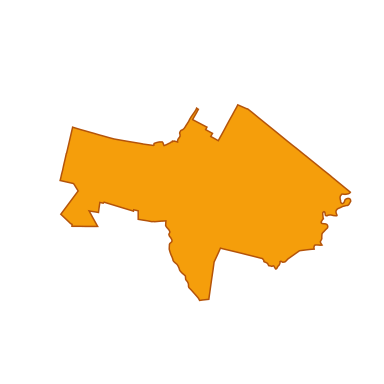 outline of Parta, Timis, Romania, rotated 312°
{"feature_id": "2599482B10795171488461", "entity_name": "Parta", "entity_type": "district", "adm_level": 2, "iso_a3": "ROU", "parent_name": "Romania", "parent_adm1": "Timis", "projection": "orthographic", "projection_center": [21.142, 45.621], "detail": "fine", "context": "isolated", "style": "filled", "palette": "amber", "viewbox_px": 384, "rotation_deg": 312, "n_neighbors": 0, "source": "geoboundaries", "source_scale": "gbopen_adm2", "svg_char_len": 5798}
<svg xmlns="http://www.w3.org/2000/svg" viewBox="0 0 384 384"><g transform="rotate(312 192 192)"><path d="M297.8,309.8L297.4,301.1L297.1,294.6L296.7,286.0L296.7,284.0L296.1,274.3L295.5,262.3L294.8,249.6L294.4,241.5L294.0,235.7L293.6,228.9L292.9,214.0L291.7,191.1L291.4,183.8L291.0,177.7L290.6,177.3L288.1,169.8L287.4,167.7L287.1,167.8L284.9,168.4L281.8,169.1L278.0,170.0L276.0,170.5L272.8,171.2L269.8,171.9L263.2,173.5L260.5,174.2L256.3,175.2L253.3,175.9L252.3,176.1L247.7,177.2L246.3,170.8L245.8,168.8L249.3,168.0L248.1,163.1L247.5,160.4L250.2,159.7L249.8,158.2L248.4,152.7L247.1,147.6L246.4,144.8L246.2,144.0L249.4,143.3L253.2,142.5L254.0,142.3L254.2,142.2L254.6,142.2L255.2,142.0L255.8,141.8L256.5,141.7L257.7,141.4L257.6,141.1L257.6,140.9L257.5,140.4L257.5,140.0L257.4,139.3L256.2,139.8L255.9,139.9L255.5,139.9L255.1,140.0L254.5,140.1L253.6,140.3L252.5,140.4L251.0,140.6L249.8,140.7L249.4,140.8L248.5,140.9L247.7,141.0L246.9,141.1L246.2,141.3L245.5,141.4L244.5,141.6L243.2,142.0L242.4,142.2L241.6,142.4L240.7,142.5L239.8,142.7L238.9,142.8L238.2,142.9L237.7,143.0L236.6,143.2L235.7,143.4L234.7,143.5L234.1,143.6L233.7,143.6L233.4,143.6L232.3,143.4L231.9,143.3L231.5,143.1L230.7,142.7L230.0,142.6L229.9,142.6L228.8,142.9L228.4,142.9L228.0,143.1L227.8,143.2L227.5,143.5L227.3,143.6L227.2,143.9L227.0,144.1L226.7,144.7L226.4,144.9L225.9,145.4L225.7,145.6L225.4,145.8L224.9,145.9L224.3,146.1L223.7,146.1L223.1,146.1L222.5,146.2L222.0,146.3L221.6,146.4L221.0,146.7L220.6,146.9L220.3,147.1L220.0,147.3L219.5,147.8L218.7,146.1L218.5,145.8L218.5,145.7L218.4,145.6L218.3,145.4L218.2,145.2L218.1,144.9L217.9,144.9L217.7,144.7L217.2,143.9L216.8,143.4L216.3,143.8L216.2,143.7L215.2,143.1L214.9,143.0L214.6,143.0L214.2,142.9L213.7,142.8L213.3,142.6L212.1,142.1L210.5,141.5L209.4,141.0L208.9,140.8L207.8,140.2L208.0,139.6L208.8,138.1L209.2,137.3L209.3,136.4L207.2,134.1L205.2,132.7L202.9,131.4L202.6,131.4L201.8,131.9L200.8,132.6L201.0,132.5L198.2,128.4L196.7,126.2L195.2,124.0L194.8,123.4L194.7,123.1L193.3,120.8L190.8,116.9L187.1,111.1L182.5,103.8L179.2,98.5L178.6,97.3L177.2,94.6L173.7,87.5L172.3,84.8L172.1,84.3L171.7,83.5L170.0,79.9L168.5,76.9L165.9,71.6L163.7,67.2L162.2,64.0L160.3,59.9L160.0,60.1L154.9,62.9L145.9,67.9L137.0,72.8L136.6,72.8L130.8,76.1L128.4,77.4L125.0,79.3L121.6,81.3L117.9,83.2L115.3,84.7L112.3,86.3L118.0,96.5L118.8,97.9L118.9,98.9L116.6,106.7L87.7,109.4L87.4,120.3L87.3,122.6L87.4,123.5L87.7,124.5L86.2,125.7L86.5,126.1L91.2,131.3L95.4,136.2L103.0,144.6L103.3,144.9L106.9,134.4L109.1,128.2L109.6,129.1L112.4,133.3L114.2,136.2L117.8,133.7L122.6,130.5L124.3,133.5L125.6,133.5L134.2,151.9L138.2,160.4L138.6,161.3L139.8,160.6L142.0,164.6L135.7,170.3L137.8,173.6L140.8,178.2L143.0,181.9L144.5,183.4L144.8,183.9L144.9,184.1L149.1,188.0L150.4,189.2L150.4,189.3L153.1,191.9L151.1,193.5L149.5,194.8L149.1,195.7L148.8,196.9L148.6,198.9L148.3,200.6L147.6,202.2L147.2,202.5L146.6,202.7L145.7,202.9L145.1,203.1L144.6,203.8L144.1,204.8L143.8,206.6L143.2,208.5L142.9,209.1L142.3,209.8L141.6,210.2L141.0,210.2L140.0,210.1L139.0,210.0L138.4,210.1L137.8,210.4L137.1,211.0L136.1,211.8L134.3,213.3L133.4,214.7L132.3,216.5L131.2,218.6L130.3,220.7L129.3,222.6L128.5,223.7L128.2,224.6L128.1,225.9L128.1,227.1L128.2,228.6L128.1,229.7L127.7,231.1L127.1,232.5L126.6,233.6L125.8,234.8L125.4,236.1L125.2,237.5L125.1,239.1L125.2,241.5L125.2,243.1L124.6,243.9L123.8,244.7L122.8,245.8L122.5,246.9L122.3,248.5L121.9,249.6L121.3,250.8L120.6,251.5L119.4,252.7L118.9,253.6L118.8,254.9L118.7,256.8L118.2,261.2L117.7,265.5L117.4,267.6L116.8,269.5L116.5,270.2L118.8,272.1L123.5,276.3L134.9,268.6L140.4,264.9L148.4,259.6L154.7,255.3L163.8,252.5L169.3,250.7L170.1,252.3L176.2,263.5L179.9,270.4L182.1,274.6L185.4,280.8L189.7,289.0L189.5,289.5L189.4,290.3L189.2,291.1L189.0,291.5L188.8,291.6L188.5,291.8L188.4,292.4L188.7,292.8L188.7,293.2L189.0,293.8L189.2,294.4L189.3,294.9L189.4,295.7L189.4,296.2L189.1,296.9L188.9,297.5L188.6,298.2L188.7,298.6L188.8,298.8L189.1,299.0L189.4,299.4L189.7,300.0L189.8,300.4L190.1,301.0L190.7,301.4L191.1,301.5L191.4,301.8L191.7,302.0L191.7,302.6L191.3,303.7L190.8,305.4L190.8,305.8L191.4,306.1L192.3,306.1L192.8,306.0L193.3,305.8L194.4,305.6L195.1,305.6L195.6,305.7L196.2,305.6L197.2,305.3L197.9,305.0L198.4,304.7L198.9,304.3L199.1,304.0L199.4,304.0L199.8,304.2L200.1,304.5L200.2,304.9L200.3,305.4L200.3,306.1L200.7,306.5L201.0,306.8L201.3,307.2L201.8,307.5L202.4,307.8L202.7,308.0L206.0,308.1L206.5,308.1L214.5,309.9L220.3,311.2L226.0,316.1L228.8,318.6L231.3,321.0L232.2,319.8L233.6,319.0L234.5,318.8L235.6,319.5L237.3,321.6L238.2,322.8L238.9,323.6L239.6,324.1L240.1,322.0L240.5,321.2L241.0,320.6L241.6,320.4L243.3,320.0L243.7,319.9L244.3,319.6L245.1,318.8L246.4,317.7L247.9,316.6L248.6,316.5L249.3,316.4L250.9,316.5L253.1,316.5L254.7,316.6L256.0,316.7L257.0,316.2L257.6,315.5L258.0,314.7L258.1,313.9L257.9,313.2L257.5,312.3L256.2,310.6L255.5,309.3L255.8,308.3L256.5,307.9L257.8,307.7L259.1,307.4L260.0,307.6L260.7,306.5L261.9,305.2L262.9,304.1L264.0,303.1L264.9,303.0L265.7,303.2L265.9,303.9L265.5,304.8L264.5,306.0L263.9,306.9L264.0,307.3L264.3,307.8L264.7,308.3L265.9,308.7L266.7,309.4L267.6,310.2L268.2,311.1L269.2,313.0L270.5,314.7L271.0,315.3L271.5,315.5L271.9,315.1L272.2,314.4L272.6,313.6L273.1,312.8L273.7,312.1L274.9,311.5L276.2,311.4L277.1,311.5L278.2,312.0L279.7,312.7L282.2,313.7L283.6,314.7L285.1,315.6L285.8,316.4L286.6,316.8L287.9,316.9L290.0,316.4L291.2,316.2L291.9,315.5L292.4,314.7L292.5,314.1L292.4,313.4L292.2,312.9L291.4,312.0L290.3,311.3L288.8,310.9L287.3,311.5L285.9,312.0L285.1,312.0L283.9,311.5L283.7,310.9L283.8,309.7L283.9,309.3L284.1,309.1L284.9,308.4L285.7,307.1L286.7,305.9L288.1,305.0L290.2,304.8L290.7,304.8L291.5,305.7L292.6,307.3L294.2,308.6L295.5,309.5L296.2,309.7L296.7,309.9L297.8,309.8Z" fill="#f59e0b" stroke="#b45309" stroke-width="1.5"/></g></svg>